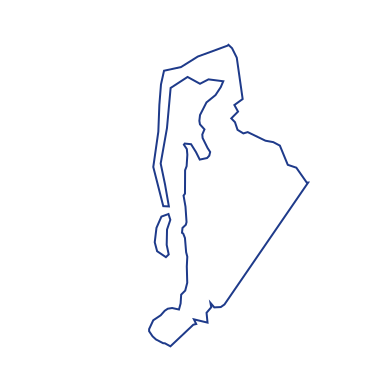 Franklin, United States of America, rotated 124°
{"feature_id": "52423323B15178674781049", "entity_name": "Franklin", "entity_type": "district", "adm_level": 2, "iso_a3": "USA", "parent_name": "United States of America", "parent_adm1": "", "projection": "equal_earth", "projection_center": [-84.778, 29.8], "detail": "fine", "context": "isolated", "style": "outline", "palette": "blue", "viewbox_px": 384, "rotation_deg": 124, "n_neighbors": 0, "source": "geoboundaries", "source_scale": "gbopen_adm2", "svg_char_len": 1460}
<svg xmlns="http://www.w3.org/2000/svg" viewBox="0 0 384 384"><g transform="rotate(124 192 192)"><path d="M113.5,119.1L115.9,127.8L104.4,145.1L105.2,152.5L108.4,159.8L111.2,179.3L114.7,182.2L115.0,189.0L110.1,195.4L109.0,200.6L99.6,198.8L96.2,205.5L86.6,202.0L55.6,230.0L50.4,239.2L49.6,244.1L50.7,244.3L76.4,262.9L94.6,271.0L107.1,283.0L120.1,277.9L138.0,267.8L160.9,253.6L192.9,238.1L219.8,207.9L216.9,203.1L200.9,218.5L185.9,233.9L153.0,248.5L117.7,267.9L99.1,260.0L97.8,245.9L89.4,241.3L82.7,228.0L89.0,226.8L98.5,226.7L109.6,230.1L123.7,228.4L128.9,225.7L131.5,223.2L133.1,216.7L138.6,215.6L141.3,213.4L146.8,203.7L148.7,199.3L152.2,198.0L155.4,198.5L160.8,203.7L156.7,211.0L152.9,219.5L155.9,225.1L157.3,225.2L159.3,220.3L163.7,216.7L173.6,210.9L177.8,209.9L197.3,196.9L199.7,197.0L207.8,189.2L220.0,179.7L222.6,178.8L227.1,179.8L231.4,177.5L231.4,176.0L234.1,172.1L245.2,163.2L248.3,159.7L256.6,154.7L269.9,145.2L277.5,142.5L283.1,143.6L290.8,139.1L296.7,137.1L299.3,143.6L302.3,146.8L305.7,148.2L311.7,149.0L320.0,152.4L329.6,150.9L331.4,149.7L333.7,144.0L334.4,139.4L333.5,131.4L332.6,129.9L332.0,123.6L301.3,116.7L299.1,114.7L296.5,119.2L291.6,106.1L284.0,112.4L276.8,111.6L273.6,114.7L275.2,109.0L271.3,103.8L267.1,102.2L119.2,101.0L120.0,102.2L113.5,119.1ZM227.2,194.4L223.4,199.2L229.5,203.6L241.6,201.4L254.5,194.8L260.6,187.8L260.6,177.2L256.8,176.4L250.0,183.4L237.1,191.7L227.2,194.4Z" fill="none" stroke="#1e3a8a" stroke-width="2"/></g></svg>